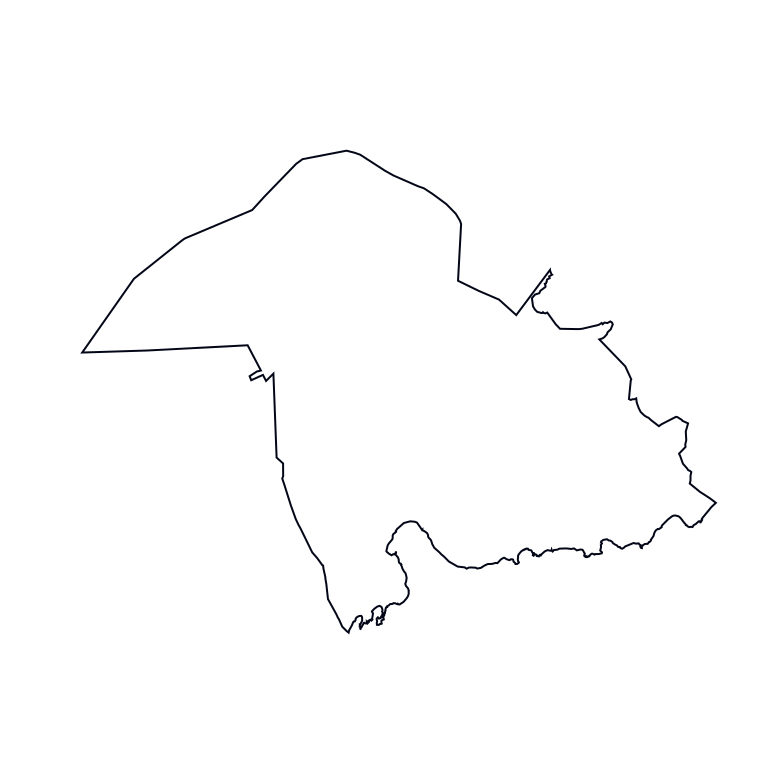 the district of Malvik nor, Sør-Trøndelag, Norway, rotated 161°
{"feature_id": "86288312B36520451776758", "entity_name": "Malvik nor", "entity_type": "district", "adm_level": 2, "iso_a3": "NOR", "parent_name": "Norway", "parent_adm1": "Sør-Trøndelag", "projection": "orthographic", "projection_center": [10.725, 63.369], "detail": "fine", "context": "isolated", "style": "outline", "palette": "ink", "viewbox_px": 768, "rotation_deg": 161, "n_neighbors": 0, "source": "geoboundaries", "source_scale": "gbopen_adm2", "svg_char_len": 6142}
<svg xmlns="http://www.w3.org/2000/svg" viewBox="0 0 768 768"><g transform="rotate(161 384 384)"><path d="M659.1,512.0L597.1,492.8L500.3,465.0L496.0,436.8L500.1,437.2L508.5,435.1L508.3,430.8L495.5,432.0L494.5,425.3L485.2,429.8L509.5,349.4L505.3,341.7L509.3,329.8L511.0,327.7L511.0,322.0L511.6,299.5L511.4,285.0L510.7,278.6L509.9,274.2L506.7,248.2L503.8,241.0L501.3,232.8L500.7,232.2L501.4,228.9L502.4,220.0L502.7,219.6L503.6,213.9L507.0,198.9L504.0,181.7L503.7,178.2L503.2,176.2L502.5,168.2L499.9,162.8L498.4,160.4L497.0,162.6L493.0,166.2L490.8,168.7L490.0,169.3L489.0,169.0L487.6,170.2L487.4,171.1L486.0,172.2L483.8,172.7L481.8,172.5L480.9,172.0L480.6,170.7L481.6,167.6L482.0,167.0L484.6,164.5L485.1,164.7L485.9,162.6L485.4,162.4L486.1,160.4L486.7,160.5L486.1,160.1L485.9,160.7L484.8,161.0L480.9,164.7L480.4,164.7L480.0,164.0L478.9,163.4L478.2,163.6L477.9,164.4L477.6,163.0L475.5,164.1L475.6,164.4L476.7,163.9L476.8,164.9L473.7,165.6L473.0,165.2L473.3,165.1L472.9,164.4L472.7,164.5L473.0,165.1L472.8,165.2L472.4,164.7L471.6,165.2L471.8,165.7L469.2,170.4L469.2,171.6L469.6,172.6L469.4,173.0L466.4,174.6L463.0,175.7L460.6,175.7L459.6,174.9L458.9,173.6L458.9,171.6L459.2,170.3L459.9,169.4L459.5,168.1L460.0,167.7L459.8,166.9L460.0,166.5L460.7,166.3L460.5,165.9L461.0,165.5L462.4,165.1L462.5,164.6L463.2,163.9L465.1,163.8L465.4,165.1L465.9,165.4L467.4,164.4L467.7,163.1L467.7,162.0L468.6,160.5L469.1,158.6L467.3,157.9L466.4,158.4L464.3,158.1L464.1,158.4L464.3,158.8L463.8,160.0L463.8,160.6L463.1,161.3L461.0,161.4L461.1,162.0L460.6,162.5L460.9,163.6L459.5,164.9L460.0,165.2L459.9,165.5L459.4,165.5L457.7,167.0L457.2,168.3L456.3,169.2L456.4,169.7L455.0,171.9L453.9,172.0L454.0,172.3L453.6,172.8L451.6,173.1L449.8,173.9L447.6,173.3L446.2,173.7L444.8,173.0L443.4,171.7L442.8,171.4L442.4,171.7L441.8,170.7L440.9,170.5L436.5,171.6L432.2,174.1L430.1,175.9L428.8,177.9L428.3,179.7L427.8,180.5L427.9,181.2L427.8,182.8L429.0,186.1L428.9,188.2L427.4,190.1L425.7,193.3L425.3,196.9L425.3,198.3L426.1,200.3L426.7,203.6L426.6,205.9L426.8,207.2L426.3,207.7L426.6,208.6L427.6,209.3L427.9,210.9L427.2,213.5L427.3,215.6L428.8,219.4L427.6,220.3L427.4,221.0L427.7,221.1L428.3,220.2L429.9,219.6L430.6,220.1L432.6,219.6L434.6,222.0L436.0,224.4L436.2,225.2L433.0,230.3L431.4,231.6L426.7,234.4L425.9,235.7L425.1,237.9L424.0,239.1L420.8,240.2L420.6,240.4L420.8,241.1L418.9,242.6L410.5,246.1L403.8,245.6L399.7,243.7L397.9,242.2L395.5,233.6L395.1,233.8L395.3,233.2L393.6,231.6L391.8,229.0L391.5,226.7L391.9,225.7L391.9,224.3L390.6,221.7L390.4,219.7L390.5,216.9L389.8,212.8L386.4,206.8L385.2,204.1L383.4,201.2L380.5,195.1L373.8,187.4L367.5,184.4L366.0,182.5L363.6,182.8L361.4,182.2L357.0,180.4L356.0,179.2L352.3,178.6L347.9,179.7L347.5,179.7L347.5,178.9L347.2,179.7L344.6,180.0L340.3,178.7L336.7,178.5L335.1,177.7L330.5,180.1L327.6,180.7L326.9,180.6L325.1,178.4L323.0,176.8L322.4,176.6L321.2,177.0L319.4,176.3L319.1,175.7L319.3,173.8L318.2,171.9L318.3,171.0L316.6,170.5L314.6,171.2L314.6,172.2L314.9,172.8L314.5,174.9L313.6,176.4L313.4,177.6L312.3,178.9L308.9,181.0L306.3,181.8L304.9,181.9L305.2,181.6L302.6,181.8L301.5,181.4L301.4,180.2L298.8,178.6L298.6,176.2L298.1,175.6L298.9,173.8L299.4,174.3L299.0,173.6L297.8,172.2L298.9,173.7L298.0,175.6L297.3,175.4L297.2,174.5L295.4,172.8L295.2,172.2L295.6,172.1L295.6,171.7L293.7,170.6L293.4,171.1L292.1,171.7L291.5,171.6L291.4,171.0L290.3,171.8L286.5,173.4L283.5,173.7L280.8,172.1L279.9,172.0L279.5,172.6L279.5,171.5L279.1,170.7L277.3,171.7L274.1,170.9L271.7,171.2L265.2,169.2L260.5,167.0L257.9,166.7L255.8,163.9L252.3,163.6L250.4,162.7L250.0,161.9L249.7,159.5L249.3,158.3L250.5,156.8L250.5,155.8L249.4,154.6L248.3,154.2L248.1,154.2L248.2,154.9L247.4,154.3L246.5,154.6L246.5,154.3L246.0,154.3L244.1,155.6L242.8,155.9L242.0,155.6L240.4,154.1L239.9,154.5L236.3,153.3L233.3,153.0L232.8,153.5L232.7,154.0L233.8,156.1L232.0,158.9L231.6,160.0L231.4,161.2L229.8,162.3L230.2,164.0L229.4,164.8L229.2,165.0L229.5,164.6L227.3,165.2L223.7,164.6L222.5,163.0L220.9,162.1L219.5,160.3L219.5,159.4L218.2,157.4L216.4,155.6L215.6,153.7L214.1,153.1L213.9,152.7L213.9,151.9L212.4,150.7L210.5,151.1L208.8,151.9L199.8,152.4L197.7,151.0L195.1,150.4L194.8,149.2L193.7,148.1L193.8,147.5L194.4,147.4L194.6,146.6L194.2,145.2L193.6,144.9L193.3,146.2L191.4,147.4L189.2,147.8L186.8,147.0L184.9,148.3L184.4,148.1L182.6,149.1L182.4,149.8L178.7,152.5L176.7,155.4L174.7,157.1L172.4,157.8L171.4,157.3L168.1,158.2L167.6,159.4L166.9,159.9L159.8,163.4L154.9,165.1L153.4,165.3L151.5,164.9L148.8,163.2L147.8,161.9L146.8,159.6L145.5,155.5L144.6,153.5L144.6,152.4L143.8,151.9L143.3,150.6L142.0,149.3L140.1,149.0L138.9,148.3L137.2,149.7L134.9,150.1L131.1,151.7L130.0,151.4L130.0,150.2L129.6,150.1L127.5,151.9L127.7,152.2L127.7,152.7L126.3,153.8L114.6,161.0L108.9,163.6L112.9,169.6L120.4,179.2L127.3,190.3L125.6,193.0L124.0,197.6L122.1,200.7L123.0,202.2L124.5,203.6L124.8,205.2L127.3,211.3L127.4,219.5L127.7,222.1L119.4,226.3L118.9,228.6L116.5,232.5L114.1,240.9L109.3,247.8L113.8,252.0L114.1,253.1L117.3,257.1L118.6,257.9L134.7,255.6L137.8,254.6L143.3,263.0L144.9,266.0L145.9,266.8L148.0,269.3L150.4,273.9L151.0,278.1L151.1,283.3L151.0,284.6L150.2,288.3L152.4,288.1L154.0,288.7L155.9,288.6L157.3,290.0L150.5,304.9L149.6,306.9L148.7,307.8L150.1,322.1L165.9,356.1L162.4,356.0L160.2,356.7L157.1,358.4L155.8,360.1L151.8,361.9L148.3,365.9L148.4,366.3L148.3,367.7L149.7,369.5L152.9,368.9L155.6,370.3L157.7,369.3L158.3,370.8L161.8,370.0L178.7,371.7L182.3,372.6L199.6,378.9L202.2,384.6L206.4,398.4L208.3,398.2L209.8,399.1L210.3,400.1L211.4,399.6L211.9,399.8L215.6,402.3L216.9,404.9L217.3,406.4L217.8,408.9L216.2,417.0L212.1,419.4L207.6,419.3L205.9,421.2L199.8,423.2L199.4,423.8L199.3,426.4L198.1,426.4L197.3,427.5L196.9,427.6L196.2,429.3L195.5,429.8L192.9,430.1L192.8,432.0L189.5,432.6L189.9,433.3L190.1,436.9L189.9,437.8L236.5,406.1L247.8,426.4L264.1,441.2L280.4,457.5L259.0,510.2L259.0,513.6L260.7,521.6L266.5,533.8L276.0,547.6L282.5,556.0L287.8,560.2L307.2,578.1L313.7,585.4L331.8,608.5L336.6,612.3L343.5,616.8L387.8,623.1L395.3,620.8L435.7,600.3L452.0,591.4L521.8,586.7L525.2,586.4L528.6,585.4L586.2,564.9L659.1,512.0Z" fill="none" stroke="#020617" stroke-width="2"/></g></svg>